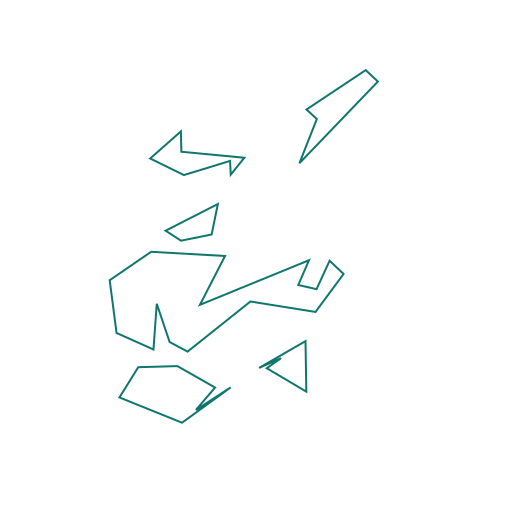 Orkney, Robinson projection, rotated 336°
{"feature_id": "GBR-2744", "entity_name": "Orkney", "entity_type": "Unitary District", "adm_level": 1, "iso_a3": "GBR", "parent_name": "United Kingdom", "parent_adm1": "", "projection": "robinson", "projection_center": [-2.916, 59.046], "detail": "coarse", "context": "isolated", "style": "outline", "palette": "teal", "viewbox_px": 512, "rotation_deg": 336, "n_neighbors": 0, "source": "natural_earth", "source_scale": "10m", "svg_char_len": 769}
<svg xmlns="http://www.w3.org/2000/svg" viewBox="0 0 512 512"><g transform="rotate(336 256 256)"><path d="M321.3,290.3L328.7,308.0L287.6,331.3L232.4,295.3L154.6,315.5L142.1,299.5L145.9,259.3L124.3,299.7L97.3,269.6L112.5,218.6L161.9,209.5L227.7,243.4L184.9,277.8L302.7,281.4L282.8,299.7L297.8,310.9L321.3,290.3ZM138.5,372.2L179.5,365.7L120.6,378.2L73.7,329.7L103.2,309.7L139.4,324.6L165.1,359.5L138.5,372.2ZM361.7,142.7L431.8,130.8L438.3,146.2L333.4,188.9L367.3,155.6L361.7,142.7ZM223.0,152.7L199.0,123.9L238.1,111.6L230.2,130.4L285.3,161.5L266.0,171.4L271.0,158.6L223.0,152.7ZM213.3,359.5L266.6,353.9L246.8,400.4L220.2,362.9L237.3,359.5L213.3,359.5ZM224.2,218.3L193.7,211.5L183.7,196.1L242.3,193.0L224.2,218.3Z" fill="none" stroke="#0f766e" stroke-width="2"/></g></svg>